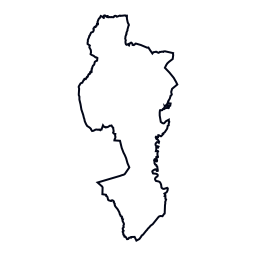 outline of Apulco, Zacatecas, Mexico
{"feature_id": "50627088B1101262479506", "entity_name": "Apulco", "entity_type": "district", "adm_level": 2, "iso_a3": "MEX", "parent_name": "Mexico", "parent_adm1": "Zacatecas", "projection": "equal_earth", "projection_center": [-102.688, 21.456], "detail": "fine", "context": "isolated", "style": "outline", "palette": "ink", "viewbox_px": 256, "rotation_deg": 0, "n_neighbors": 0, "source": "geoboundaries", "source_scale": "gbopen_adm2", "svg_char_len": 5812}
<svg xmlns="http://www.w3.org/2000/svg" viewBox="0 0 256 256"><path d="M136.4,240.6L139.4,239.0L141.4,236.3L141.6,235.6L143.0,234.7L146.2,230.7L147.3,229.6L147.7,228.8L149.2,227.4L150.6,225.7L152.7,224.2L158.4,217.1L159.2,216.4L160.6,216.0L162.5,216.2L164.0,214.0L164.6,213.6L164.7,213.1L165.0,205.1L165.3,203.2L165.2,202.0L166.1,199.4L165.4,198.8L165.4,196.6L164.6,196.1L165.4,195.1L164.4,193.6L166.3,192.5L167.0,191.7L167.7,189.9L167.6,189.3L167.8,188.6L167.7,188.4L167.3,188.5L167.0,187.9L164.0,188.9L163.3,188.9L162.3,188.4L161.5,187.6L161.1,184.6L160.5,183.2L159.8,182.1L158.7,181.5L155.9,180.9L155.2,179.7L155.0,179.0L155.5,177.8L156.0,177.3L157.4,176.4L157.7,175.7L157.7,174.9L157.1,174.2L156.1,173.8L154.9,173.6L153.9,173.6L153.0,173.4L152.3,171.6L152.5,171.0L153.3,170.3L155.0,169.4L155.7,169.3L156.9,171.0L157.7,170.9L157.8,170.3L157.2,166.5L156.9,166.4L156.4,165.9L156.4,165.1L156.2,164.9L155.2,164.5L155.0,164.1L154.5,163.1L154.5,161.2L154.1,160.7L154.4,159.5L154.8,159.1L155.2,159.1L155.6,160.0L155.4,160.6L156.5,161.4L156.9,161.3L157.1,160.4L156.5,158.7L156.2,157.1L156.5,156.9L157.0,156.9L157.4,157.4L157.9,157.2L158.0,156.7L157.5,155.4L157.4,153.6L157.6,152.2L158.1,151.4L157.8,151.0L155.9,151.1L156.2,149.9L156.4,148.0L156.2,147.8L156.3,147.2L156.6,147.1L158.0,147.6L158.5,146.6L157.5,146.2L156.8,146.5L156.3,146.4L155.7,145.3L155.5,144.3L155.7,143.5L156.8,142.2L158.0,142.3L158.8,142.8L159.1,141.7L157.3,138.9L156.9,138.7L156.5,139.0L156.2,138.6L155.7,137.2L156.0,136.7L158.1,137.0L158.3,135.2L158.8,135.2L160.6,136.2L161.2,136.2L163.2,134.1L162.8,133.6L164.7,132.3L167.2,128.6L167.7,125.8L168.7,125.3L168.7,123.6L168.8,123.1L169.1,122.6L169.2,121.5L168.8,121.2L168.8,119.7L166.0,121.2L164.2,123.2L163.3,123.4L162.3,123.0L160.8,121.9L159.7,115.5L159.7,112.5L159.9,110.7L160.2,110.1L161.4,110.3L162.3,110.1L162.8,109.1L163.1,108.9L164.1,109.1L164.5,108.9L164.9,108.5L164.9,108.0L164.6,107.7L164.3,107.6L164.9,106.8L164.8,106.4L164.9,106.5L167.2,103.9L167.6,104.4L167.1,107.4L166.7,108.0L168.1,107.9L168.6,108.1L168.8,107.9L169.3,105.7L170.2,105.7L170.6,103.5L169.1,103.3L167.8,102.5L168.2,101.3L168.5,101.1L168.5,100.7L169.8,98.6L170.6,95.7L171.0,95.6L171.7,94.6L171.8,94.3L171.3,92.8L171.2,91.9L172.1,88.8L177.3,84.5L176.2,82.2L173.7,77.8L169.4,72.5L164.9,67.8L166.2,65.1L167.3,63.4L169.0,61.8L172.7,59.0L173.2,55.1L173.0,53.7L173.1,53.1L165.0,51.3L163.8,51.4L163.3,51.9L162.2,51.6L160.4,52.0L159.9,51.9L159.0,52.6L158.5,52.8L157.0,52.2L156.6,51.8L155.5,51.8L155.1,52.0L153.4,52.2L152.4,53.5L149.9,49.9L148.4,47.5L147.2,47.7L140.8,45.0L136.0,43.6L135.5,43.6L134.8,44.4L133.8,45.1L132.6,44.9L132.3,43.6L131.8,43.1L131.1,42.6L129.7,43.5L129.0,45.4L128.4,44.9L128.2,44.1L126.6,44.8L126.0,44.4L125.7,43.7L125.5,42.6L125.5,41.0L125.8,40.4L125.2,38.6L125.4,37.7L125.5,36.3L126.0,35.2L126.2,34.2L126.4,34.2L126.5,33.8L126.5,32.5L127.5,30.4L127.4,29.9L127.7,28.7L128.5,25.8L128.9,25.1L128.7,24.2L128.3,23.8L127.7,22.3L127.4,21.0L127.0,19.0L126.8,17.3L126.9,17.2L126.9,15.7L126.6,15.7L126.3,16.0L126.0,16.0L125.8,15.6L125.1,15.4L121.4,15.8L120.8,15.7L120.5,15.9L119.8,15.6L117.0,16.7L116.6,16.7L116.1,16.0L115.2,15.8L114.5,16.0L114.0,16.5L113.9,16.9L113.2,17.3L111.7,17.0L111.2,17.2L110.9,17.1L110.0,17.2L109.6,17.0L108.2,17.3L107.4,17.0L107.6,16.5L107.6,16.0L107.2,16.0L106.7,16.8L106.0,16.4L105.1,15.5L104.8,15.4L104.0,15.6L103.7,16.1L103.9,17.8L103.6,17.9L102.4,16.8L100.8,16.0L99.7,18.1L99.0,18.5L98.4,19.6L97.5,22.0L97.5,22.5L98.0,23.4L98.0,24.1L97.9,24.3L96.9,24.1L96.6,25.7L96.0,26.0L95.8,26.8L95.4,27.1L94.6,26.9L93.9,28.0L93.6,28.3L93.4,28.7L93.4,29.1L93.8,29.7L93.6,30.7L93.0,31.8L91.1,32.6L90.4,34.0L90.2,34.6L89.8,35.5L89.4,35.7L88.9,37.5L87.8,40.0L87.9,41.2L87.6,42.4L87.6,44.0L89.8,45.5L89.5,46.2L89.4,47.5L90.7,49.8L90.9,50.8L91.0,52.5L90.7,53.4L90.6,54.2L91.8,55.0L93.6,55.8L95.6,57.4L96.5,57.4L97.4,58.0L97.2,59.5L97.1,60.6L95.9,61.1L95.0,61.7L94.7,62.2L94.3,64.2L94.1,64.7L92.9,65.8L92.2,67.6L92.0,68.8L91.6,69.1L91.7,70.1L91.5,70.5L91.6,71.6L90.8,71.5L90.4,71.9L90.7,72.4L90.3,72.6L90.3,73.0L89.9,73.1L89.8,73.9L89.6,74.1L89.0,74.0L88.4,74.6L87.9,76.3L87.6,76.8L87.3,76.6L86.9,76.9L86.1,78.7L85.6,78.7L85.5,79.0L85.1,78.8L84.7,78.8L84.3,79.0L83.9,80.2L83.5,80.3L82.3,82.7L81.3,83.0L80.5,83.5L78.8,86.4L78.7,87.1L79.1,88.5L79.1,89.1L78.8,94.1L78.8,95.1L79.4,96.6L79.4,99.6L80.5,104.2L81.4,109.5L83.2,114.9L83.9,117.9L84.3,118.9L84.8,121.3L86.1,124.2L87.2,126.0L89.5,127.5L90.8,128.7L91.2,129.7L92.1,131.0L93.3,130.8L94.8,130.1L95.3,129.7L96.7,129.5L98.2,129.8L99.1,129.5L100.2,130.2L100.8,129.5L101.5,129.6L103.0,125.3L104.1,126.8L105.6,127.4L106.0,127.0L106.6,127.3L107.8,127.0L109.9,125.7L110.4,125.8L111.5,125.5L112.7,127.5L113.1,127.6L113.3,128.0L113.2,128.4L113.6,130.8L113.6,131.8L113.2,132.3L113.1,132.7L113.9,133.6L114.6,134.0L115.3,134.0L115.1,135.9L115.4,136.5L115.4,137.6L114.5,139.6L114.4,140.4L120.0,140.8L121.7,147.9L123.5,152.6L124.8,155.1L126.1,158.2L127.5,163.2L129.3,167.4L129.1,167.8L124.8,174.0L123.7,174.7L121.9,175.2L120.0,175.9L97.6,182.5L102.2,186.6L102.6,187.6L102.4,194.2L106.0,194.8L106.2,196.0L107.1,196.4L107.5,197.2L108.0,199.4L108.2,199.9L108.7,200.3L111.0,201.0L111.4,200.9L111.6,200.4L112.4,200.3L113.3,200.8L113.9,201.5L113.8,202.5L114.7,203.6L114.6,204.8L115.0,205.3L115.0,205.8L115.4,206.5L117.6,209.2L119.3,212.3L119.9,214.5L120.4,215.0L120.5,215.8L121.1,216.3L121.8,216.5L122.0,216.9L121.7,217.0L122.0,218.7L122.2,219.0L123.0,219.3L122.5,220.8L123.8,223.4L123.9,223.9L123.9,224.6L123.4,225.6L123.5,226.7L123.7,226.9L123.7,227.2L122.7,228.3L122.9,229.8L123.6,230.8L122.7,231.5L122.7,231.9L123.0,232.8L123.3,233.1L123.3,234.4L123.6,234.6L123.8,235.5L124.4,235.6L124.6,236.7L125.1,236.6L126.1,237.4L127.0,239.1L127.6,239.1L128.3,238.9L129.2,237.7L131.1,237.6L131.2,237.0L134.6,236.9L136.4,240.6Z" fill="none" stroke="#020617" stroke-width="2"/></svg>